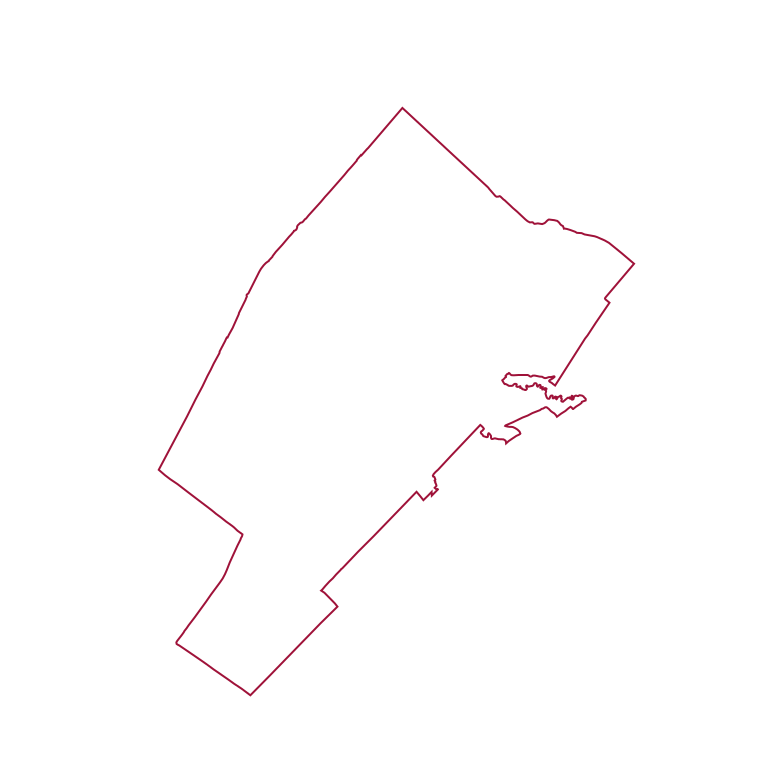 Tatarastii De Sus, Teleorman, Romania (orthographic projection), rotated 163°
{"feature_id": "2599482B7742173456178", "entity_name": "Tatarastii De Sus", "entity_type": "district", "adm_level": 2, "iso_a3": "ROU", "parent_name": "Romania", "parent_adm1": "Teleorman", "projection": "orthographic", "projection_center": [25.114, 44.405], "detail": "fine", "context": "isolated", "style": "outline", "palette": "rose", "viewbox_px": 768, "rotation_deg": 163, "n_neighbors": 0, "source": "geoboundaries", "source_scale": "gbopen_adm2", "svg_char_len": 6130}
<svg xmlns="http://www.w3.org/2000/svg" viewBox="0 0 768 768"><g transform="rotate(163 384 384)"><path d="M199.1,497.7L200.7,500.1L206.3,509.9L209.1,514.3L215.0,524.6L215.7,525.4L217.7,529.0L218.4,529.8L220.2,529.8L221.6,530.2L222.1,530.7L222.6,531.4L226.3,539.7L226.9,541.4L285.7,642.6L330.2,614.3L331.6,613.6L338.8,609.2L339.1,609.7L344.1,606.5L344.5,606.1L344.7,605.6L350.7,601.8L356.3,598.5L360.9,595.4L379.8,583.7L385.7,580.2L391.2,576.6L406.8,567.3L410.2,565.0L411.4,564.7L414.1,562.9L415.2,562.5L416.8,562.6L420.0,561.0L421.0,560.1L421.3,559.0L422.5,557.5L422.9,557.2L424.3,556.8L425.3,556.8L425.5,556.4L429.0,554.1L431.7,552.6L440.5,546.9L448.8,542.0L453.1,538.9L453.5,538.3L457.6,536.0L458.4,535.2L458.9,535.2L461.7,534.2L464.4,532.7L467.9,530.2L470.5,527.8L487.2,510.3L489.1,509.6L489.5,508.9L489.6,507.7L491.2,505.9L491.7,505.1L502.1,494.1L502.4,493.3L512.4,481.8L517.9,476.5L520.0,474.2L520.6,474.5L521.1,473.9L521.3,473.9L523.6,471.3L526.4,468.5L527.0,467.8L527.6,467.3L531.5,463.3L532.0,462.6L532.1,462.0L532.6,461.4L540.9,453.3L545.4,448.4L550.4,443.4L558.3,434.8L568.7,424.4L581.8,410.6L624.5,367.8L620.1,360.8L617.8,357.6L616.3,355.5L610.7,348.6L602.9,337.6L585.7,313.7L582.4,308.7L579.1,304.3L575.2,298.6L570.7,292.7L569.4,290.8L567.0,286.5L563.3,281.6L564.0,280.3L564.6,279.6L566.1,278.2L566.6,277.3L571.3,272.4L583.7,258.4L588.7,252.1L591.7,248.6L595.1,245.2L599.0,242.1L610.9,233.3L618.0,227.7L633.4,216.1L641.5,210.3L644.1,208.2L647.0,206.2L648.1,205.1L651.0,202.9L656.3,199.2L657.6,198.2L658.2,197.4L658.3,196.0L657.0,194.5L656.3,193.9L653.5,190.4L640.7,174.4L636.0,168.4L630.4,160.9L619.4,147.0L615.0,141.2L609.3,134.3L602.8,125.4L579.5,138.0L514.5,173.8L493.6,184.7L495.1,188.5L502.0,201.8L504.5,204.8L503.2,205.4L499.2,208.0L493.9,211.1L489.8,213.1L485.5,215.8L480.0,218.8L478.9,219.6L478.0,219.8L457.8,231.2L438.4,241.5L384.4,271.4L382.1,266.0L380.3,261.4L374.5,264.4L370.0,266.9L370.9,263.3L363.3,267.4L363.4,267.8L363.7,268.0L364.6,267.8L365.9,269.9L363.7,271.2L363.5,271.7L363.6,273.8L363.9,274.7L363.5,275.2L363.5,275.6L363.9,276.8L363.8,277.0L363.0,277.3L362.8,277.6L362.8,278.1L363.0,280.3L363.2,280.6L364.0,281.1L364.1,282.0L362.9,283.3L360.6,284.7L357.4,286.2L340.8,295.8L303.9,316.7L303.0,315.4L301.9,313.2L301.6,312.0L301.9,311.6L303.6,310.6L305.0,310.1L305.6,309.4L305.6,308.7L305.6,308.3L304.6,306.8L304.5,305.9L304.2,305.1L301.8,303.4L301.2,303.1L300.5,303.0L300.0,303.3L299.5,305.0L299.0,305.8L298.4,306.3L298.2,306.3L297.8,305.8L297.4,304.9L296.9,303.3L296.9,302.8L297.4,301.3L297.3,300.3L297.0,299.9L296.4,299.7L294.6,299.7L293.8,299.6L290.5,297.7L286.1,296.2L285.1,295.3L284.3,294.1L284.3,293.0L284.6,291.5L281.4,293.0L276.5,294.5L272.5,295.7L270.1,296.0L268.5,296.4L268.1,296.7L268.2,298.3L268.4,299.1L269.7,301.4L271.5,303.5L273.3,305.1L274.6,305.7L276.2,306.2L278.2,307.1L279.8,308.0L280.4,308.5L280.2,308.7L279.6,308.9L272.2,309.7L261.3,311.4L255.8,311.8L250.6,312.8L242.5,313.4L240.5,314.1L239.0,314.0L236.7,314.6L235.8,314.4L235.2,314.1L233.7,312.0L232.3,309.2L231.0,307.5L229.8,306.2L228.7,304.0L228.2,302.1L223.2,303.9L218.4,305.2L214.6,306.9L212.2,307.7L211.4,306.5L210.7,304.9L210.4,304.8L207.0,306.2L202.9,307.3L201.0,308.0L200.5,308.3L200.0,309.1L196.0,309.3L195.6,310.2L195.5,310.9L196.1,312.1L196.6,312.8L196.8,313.7L198.0,315.0L200.0,316.0L200.5,316.1L201.7,315.7L202.2,315.8L203.8,316.8L204.6,316.8L205.6,316.5L206.1,316.1L207.2,314.2L207.6,314.0L208.7,314.0L208.9,314.5L207.9,315.8L207.3,316.9L207.3,317.5L207.8,317.8L208.1,317.6L209.4,315.6L209.8,315.3L210.2,315.4L210.4,315.8L210.2,316.6L210.3,316.9L210.6,317.0L211.2,316.5L212.0,317.0L212.4,317.1L218.1,314.7L219.2,315.4L219.4,315.9L219.3,316.3L218.5,317.3L218.3,317.7L218.4,318.0L218.8,318.7L218.6,319.2L218.1,319.8L217.9,320.2L218.0,320.7L218.4,321.2L219.0,321.2L220.1,320.7L221.5,320.7L222.8,319.3L223.5,319.0L223.8,319.5L223.1,321.0L223.1,321.4L223.7,321.8L224.1,321.8L224.5,321.7L225.2,321.0L225.8,320.7L226.6,320.9L226.8,321.4L226.2,323.2L226.3,323.6L226.7,323.9L227.7,324.0L228.3,323.7L228.7,323.4L229.7,322.0L230.2,321.6L231.3,321.9L231.8,322.3L232.1,322.9L232.4,324.3L232.4,327.6L231.3,329.2L231.0,330.0L231.2,330.7L232.0,331.5L231.8,331.7L230.4,331.6L230.0,331.8L230.1,332.2L230.3,332.5L231.2,333.0L232.1,332.9L233.9,332.4L234.2,332.5L234.2,332.8L233.2,334.6L233.8,334.8L235.2,334.4L235.6,334.6L235.6,335.0L234.8,336.3L234.7,336.9L234.8,337.3L235.5,337.7L236.1,337.6L236.8,337.3L237.6,336.5L237.8,336.5L238.1,336.9L238.3,337.6L238.0,338.9L238.0,339.6L238.2,340.0L239.2,340.6L240.0,340.6L241.7,339.1L243.2,338.8L243.9,339.0L246.6,339.2L246.9,339.4L247.4,340.4L247.9,340.8L248.4,340.7L248.7,340.2L248.8,339.7L248.7,337.9L248.9,337.4L250.1,336.8L251.0,337.1L252.1,338.0L253.2,338.6L253.3,338.8L253.2,339.3L253.5,339.7L254.8,340.5L254.2,341.7L254.3,342.0L255.0,342.1L256.4,342.0L257.2,342.2L258.0,342.8L258.1,343.3L257.2,344.8L257.3,345.1L257.9,345.6L259.0,345.9L259.6,345.8L260.4,345.5L261.4,344.8L262.6,344.9L265.0,345.7L265.7,346.3L266.1,347.0L267.1,347.8L267.7,348.5L268.5,348.6L268.9,349.2L269.7,352.2L269.8,353.0L268.0,353.7L266.2,354.8L265.3,355.0L265.2,355.2L265.4,355.8L265.4,356.2L263.5,357.4L263.2,357.5L262.4,357.4L261.7,357.9L261.3,358.0L260.9,357.6L260.2,356.0L259.7,355.4L259.3,355.1L257.4,354.4L252.4,353.2L243.9,350.6L242.9,349.6L242.3,348.7L241.4,348.1L240.9,348.1L239.2,348.5L237.4,348.0L233.0,345.6L230.7,344.7L229.4,343.3L228.3,342.5L226.8,342.3L224.6,342.4L223.1,342.1L222.5,341.8L219.5,341.7L218.9,341.5L218.8,341.1L219.0,340.8L221.0,340.0L224.2,339.3L225.1,338.8L225.2,338.4L225.1,338.1L224.9,337.7L223.1,335.8L222.6,334.9L220.8,332.5L178.4,368.7L175.1,371.0L163.6,380.6L144.6,395.8L147.5,400.2L147.7,401.1L147.2,401.8L109.7,425.9L118.4,439.5L127.6,453.2L131.0,456.8L137.4,462.3L139.4,463.7L148.5,468.4L150.9,470.5L155.4,472.2L156.7,473.7L160.8,476.8L163.6,478.7L165.9,479.9L166.5,479.9L166.7,482.7L167.9,483.9L168.3,484.5L168.7,485.3L169.4,487.3L170.6,489.3L173.3,490.9L178.0,493.0L178.6,493.1L180.2,492.5L182.8,491.1L184.1,490.8L186.0,490.7L189.9,492.6L193.1,493.1L193.6,493.5L194.5,495.1L194.8,495.3L197.3,495.9L199.1,497.7Z" fill="none" stroke="#9f1239" stroke-width="2"/></g></svg>